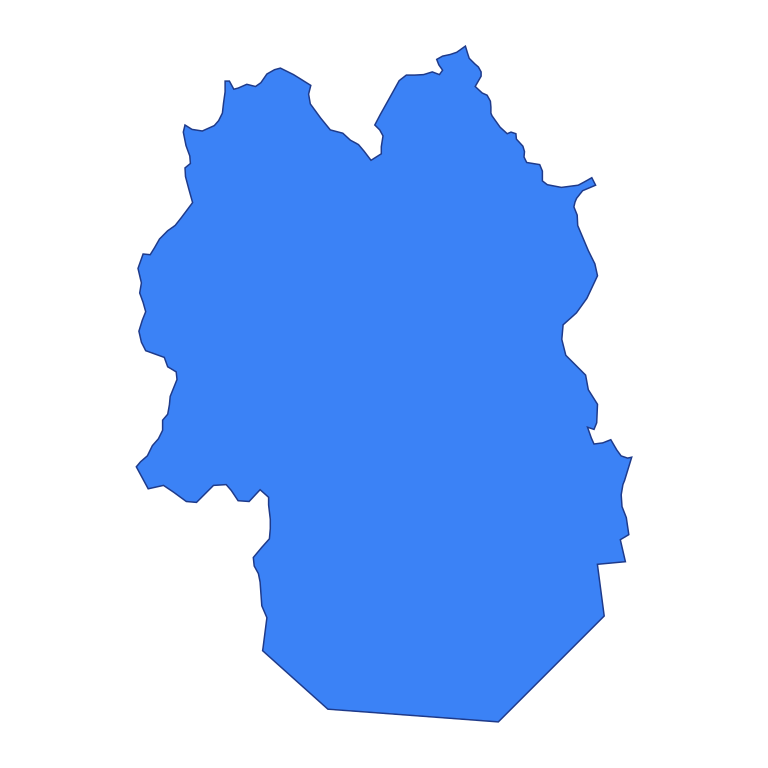 the district of Jeli, Kelantan, Malaysia
{"feature_id": "92858781B21811088790673", "entity_name": "Jeli", "entity_type": "district", "adm_level": 2, "iso_a3": "MYS", "parent_name": "Malaysia", "parent_adm1": "Kelantan", "projection": "mercator", "projection_center": [101.818, 5.58], "detail": "fine", "context": "isolated", "style": "filled", "palette": "blue", "viewbox_px": 768, "rotation_deg": 0, "n_neighbors": 0, "source": "geoboundaries", "source_scale": "gbopen_adm2", "svg_char_len": 2338}
<svg xmlns="http://www.w3.org/2000/svg" viewBox="0 0 768 768"><path d="M465.4,46.1L456.7,52.3L450.2,54.5L442.6,56.1L436.7,59.4L438.8,64.8L442.6,70.2L439.4,74.6L432.3,71.9L423.6,74.6L414.4,75.1L406.3,75.1L399.2,80.6L391.1,95.2L380.2,114.7L374.8,125.0L379.7,129.9L383.0,135.9L381.3,146.7L381.3,153.8L371.0,160.3L364.0,151.1L358.5,144.6L350.4,140.2L342.8,133.2L336.3,131.5L330.3,129.9L320.6,118.0L310.3,103.9L308.6,94.1L310.8,85.4L293.5,74.6L280.4,68.1L274.5,69.7L266.9,74.0L260.9,82.7L255.5,86.5L246.8,84.3L238.1,88.1L233.8,89.2L229.4,81.1L225.1,81.1L225.1,91.9L223.5,103.3L222.4,113.1L218.6,120.7L214.3,125.6L202.3,131.0L192.0,129.4L185.0,125.0L183.3,132.1L186.0,145.6L189.8,156.0L190.4,163.5L185.0,167.9L185.5,176.6L188.8,189.0L192.6,202.6L181.2,217.8L175.2,225.4L167.6,230.8L159.5,239.0L154.6,247.6L150.2,254.7L143.1,254.0L138.0,268.4L141.4,282.9L139.7,293.0L143.1,302.4L145.7,311.7L142.3,320.2L138.9,331.2L141.4,342.2L145.7,350.7L164.3,357.4L167.7,366.8L176.2,371.9L177.0,379.5L170.2,396.4L169.4,404.9L167.7,414.2L162.6,420.2L162.6,430.3L158.4,438.8L152.4,445.6L147.4,455.8L140.6,461.7L136.3,466.8L148.2,488.8L163.5,485.4L173.6,492.2L186.3,501.5L196.5,502.4L213.5,485.4L226.2,484.6L231.3,490.5L238.1,500.7L249.1,501.5L260.1,489.7L268.6,497.3L268.6,504.9L270.3,519.3L270.3,528.7L269.4,538.8L261.8,547.3L253.3,557.5L254.2,566.0L258.4,573.6L260.1,582.1L261.8,605.8L266.9,617.7L263.0,648.1L262.6,650.7L327.9,709.2L328.0,709.2L498.3,721.9L604.2,616.0L597.4,564.3L625.4,561.7L620.3,539.7L628.8,534.6L626.3,517.6L622.0,506.6L621.2,494.8L622.9,484.6L624.6,480.4L631.7,457.2L627.6,458.1L621.1,455.9L616.8,450.0L610.8,439.7L602.7,442.9L594.0,444.0L591.3,438.0L587.5,427.2L594.0,429.4L596.7,422.8L597.5,404.3L588.3,389.7L585.6,375.1L565.8,355.3L561.8,339.4L563.1,324.8L576.4,312.9L586.9,298.3L597.5,275.8L594.9,263.9L588.3,250.6L577.7,225.5L577.2,215.1L573.9,206.9L575.0,202.1L576.6,198.3L582.6,190.7L595.6,185.2L591.8,177.7L584.2,182.0L578.2,185.2L561.4,187.4L547.3,184.7L542.4,180.9L542.4,176.6L542.4,171.1L539.7,164.6L526.7,162.5L524.0,157.0L524.5,151.6L522.9,146.2L516.4,139.1L515.9,133.7L511.0,132.1L507.2,133.7L500.1,127.2L492.0,115.8L490.9,113.1L490.9,107.1L490.4,101.2L487.1,95.2L482.2,93.0L475.2,86.5L481.1,76.2L481.1,71.9L478.4,67.0L474.6,63.7L469.2,58.3L467.6,53.4L465.4,46.1Z" fill="#3b82f6" stroke="#1e3a8a" stroke-width="1.5"/></svg>